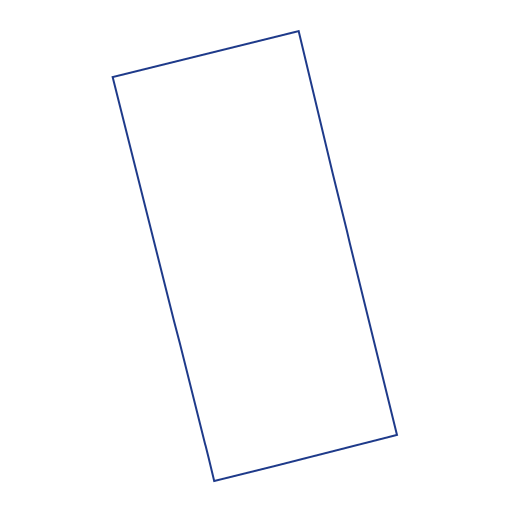 the district of Waushara, Wisconsin, United States of America, rotated 76°
{"feature_id": "52423323B36009872159897", "entity_name": "Waushara", "entity_type": "district", "adm_level": 2, "iso_a3": "USA", "parent_name": "United States of America", "parent_adm1": "Wisconsin", "projection": "robinson", "projection_center": [-89.144, 44.114], "detail": "fine", "context": "isolated", "style": "outline", "palette": "blue", "viewbox_px": 512, "rotation_deg": 76, "n_neighbors": 0, "source": "geoboundaries", "source_scale": "gbopen_adm2", "svg_char_len": 331}
<svg xmlns="http://www.w3.org/2000/svg" viewBox="0 0 512 512"><g transform="rotate(76 256 256)"><path d="M266.1,161.9L253.2,161.7L195.2,161.6L48.1,160.2L47.7,351.8L299.0,351.3L322.6,351.0L426.4,350.9L428.0,350.8L440.7,350.8L464.2,351.0L464.3,288.6L463.7,162.5L266.1,161.9Z" fill="none" stroke="#1e3a8a" stroke-width="2"/></g></svg>